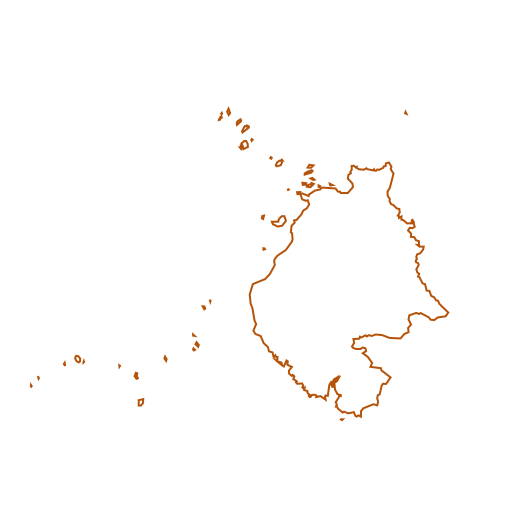 outline of Belitung Timur, Bangka-Belitung, Indonesia, rotated 190°
{"feature_id": "22746128B98690900191937", "entity_name": "Belitung Timur", "entity_type": "district", "adm_level": 2, "iso_a3": "IDN", "parent_name": "Indonesia", "parent_adm1": "Bangka-Belitung", "projection": "albers", "projection_center": [108.219, -2.955], "detail": "fine", "context": "isolated", "style": "outline", "palette": "amber", "viewbox_px": 512, "rotation_deg": 190, "n_neighbors": 0, "source": "geoboundaries", "source_scale": "gbopen_adm2", "svg_char_len": 6148}
<svg xmlns="http://www.w3.org/2000/svg" viewBox="0 0 512 512"><g transform="rotate(190 256 256)"><path d="M92.5,291.6L92.5,294.4L96.5,293.6L98.9,294.9L97.3,295.1L98.2,299.0L101.1,299.2L103.3,302.0L106.9,301.8L107.0,304.9L110.7,307.6L109.4,310.6L107.1,310.4L104.8,312.2L106.0,315.0L108.1,315.5L112.8,314.3L117.1,316.9L119.1,317.0L119.6,320.2L121.8,318.3L122.3,320.2L123.3,320.4L122.0,323.8L123.0,327.2L125.7,327.3L129.5,330.0L131.9,330.5L134.0,333.2L134.1,335.4L136.7,338.1L137.7,342.0L136.0,346.5L134.9,361.0L138.5,365.0L138.1,367.4L141.3,371.2L144.2,369.8L143.9,367.1L145.7,366.5L146.0,365.0L149.6,362.3L151.5,362.3L152.6,360.8L154.2,360.7L154.8,361.9L155.6,360.7L161.5,360.8L162.5,361.6L164.8,359.7L169.6,359.3L172.0,360.2L172.3,361.3L173.1,360.5L175.2,361.9L177.4,361.3L176.7,357.6L177.7,354.9L177.0,353.9L179.1,351.9L178.9,348.1L173.6,344.1L172.5,340.7L176.5,334.0L183.5,332.8L183.0,332.3L184.3,333.4L184.4,333.9L186.6,333.7L189.3,336.3L202.7,334.9L204.4,332.7L209.4,330.6L214.6,325.6L214.6,324.2L221.4,325.7L223.2,325.0L220.4,319.9L216.6,319.0L214.7,319.9L212.6,316.0L214.2,311.8L217.3,309.0L218.6,304.7L222.4,298.4L224.7,297.7L223.7,295.5L226.2,292.0L225.8,285.4L224.4,284.6L222.8,278.5L223.2,276.3L227.6,267.1L234.9,260.1L237.0,256.3L237.3,254.1L235.9,250.5L239.3,240.4L243.1,234.8L254.2,227.8L255.5,216.9L252.9,207.9L250.6,204.3L246.1,191.9L244.0,189.0L245.6,182.1L243.2,179.2L237.4,177.9L233.3,171.5L228.4,168.4L226.7,164.4L222.9,163.9L221.4,160.0L220.6,159.6L219.7,161.5L218.9,160.2L217.3,160.3L216.9,157.2L219.0,157.3L216.9,155.9L213.7,154.2L214.3,155.7L212.4,155.5L211.2,152.8L209.4,152.0L207.8,158.4L206.4,157.8L206.3,154.4L201.4,153.0L203.7,148.8L202.9,145.8L199.8,144.1L199.3,145.2L198.2,144.9L197.3,144.0L197.9,141.3L194.0,139.6L194.7,138.5L193.1,137.3L188.5,138.5L186.8,136.3L187.6,134.6L186.3,133.8L185.2,134.7L185.4,132.4L181.9,131.9L181.3,129.8L179.0,128.6L179.7,127.3L178.6,126.4L177.5,127.0L177.3,128.5L174.5,129.6L172.3,129.1L172.2,127.5L168.3,129.2L162.5,126.6L163.6,129.2L163.3,130.7L161.0,130.7L161.4,141.8L159.7,145.9L160.1,142.8L158.8,141.5L158.1,147.7L154.1,151.3L153.8,150.3L153.2,150.7L154.4,147.1L155.1,146.2L156.6,145.0L158.1,140.6L157.3,140.5L156.2,142.5L155.0,138.2L151.8,134.1L148.3,133.7L148.2,132.8L149.9,133.0L149.7,131.7L152.1,125.8L150.7,124.0L151.1,121.6L150.0,121.8L148.9,120.0L143.4,116.9L142.4,118.0L137.8,117.1L132.5,119.2L130.5,115.9L128.9,115.3L127.4,116.9L124.8,116.0L125.6,121.6L123.8,124.7L114.6,130.4L110.7,130.0L110.4,133.6L111.9,136.8L111.9,140.1L110.2,141.2L109.7,150.0L108.8,152.2L105.7,152.6L102.4,159.8L112.7,165.2L113.4,167.2L124.0,166.7L123.0,170.8L128.3,176.0L133.9,178.8L131.1,181.5L132.2,184.1L135.2,184.4L136.8,182.6L141.1,181.8L144.2,182.3L145.7,183.4L144.3,187.5L145.6,191.2L140.1,192.4L139.6,194.6L138.2,194.0L134.4,196.9L132.9,196.0L131.2,197.6L128.0,197.4L124.4,199.5L118.0,200.0L110.2,198.5L99.4,199.9L96.3,205.0L92.5,207.5L93.7,211.6L91.4,215.3L94.8,220.1L94.7,224.2L88.3,227.8L85.4,227.2L83.8,228.4L75.3,225.6L72.9,223.6L69.4,223.8L66.4,227.0L58.7,229.6L56.8,233.7L67.1,240.7L68.9,243.5L70.9,243.6L73.4,246.3L76.6,247.2L79.1,251.7L82.0,251.6L84.6,257.6L87.2,257.9L91.2,263.3L92.9,263.8L92.2,266.8L94.2,267.8L95.8,270.8L94.2,275.4L95.0,277.1L97.2,277.6L97.9,279.0L97.0,281.1L98.0,282.8L97.6,285.6L94.6,287.3L92.5,291.6ZM239.7,288.8L235.6,290.3L232.6,295.7L235.0,300.1L237.5,299.7L239.9,296.3L240.0,293.7L246.3,292.5L244.8,290.2L239.7,288.8ZM288.2,362.1L286.9,359.1L282.9,362.0L283.7,365.0L285.7,367.6L287.5,367.2L289.9,364.3L288.2,362.1ZM345.5,88.3L343.5,88.7L341.8,91.3L342.2,95.5L346.5,93.6L345.5,88.3ZM251.4,347.9L247.4,349.6L246.6,352.6L247.8,354.2L249.4,354.0L251.5,351.9L252.3,348.8L251.4,347.9ZM289.7,381.9L291.4,376.4L290.7,375.3L285.3,381.3L285.7,382.5L287.7,383.0L287.8,381.8L289.7,381.9ZM412.2,120.4L411.0,121.7L411.4,124.5L413.5,126.4L415.9,126.4L416.4,123.9L414.6,121.4L412.2,120.4ZM222.2,344.6L216.0,347.7L215.0,349.6L216.1,350.1L220.0,347.9L222.4,345.8L222.2,344.6ZM218.1,333.1L214.5,333.1L211.6,337.0L213.9,337.5L213.3,335.6L215.3,336.0L218.2,334.0L218.1,333.1ZM220.5,352.1L217.2,352.4L215.1,355.2L219.3,355.1L220.5,352.1ZM352.4,114.3L351.1,115.1L352.6,117.3L352.5,119.8L354.0,120.1L354.7,116.6L352.4,114.3ZM309.5,393.1L307.3,390.1L306.3,392.3L308.6,396.3L309.5,393.1ZM158.0,145.9L154.5,147.2L154.1,150.9L157.6,147.3L158.0,145.9ZM297.5,385.7L298.1,383.6L297.5,381.8L295.3,384.6L295.3,386.4L294.4,385.8L294.1,386.7L294.9,387.9L297.5,385.7ZM300.3,158.6L297.2,156.6L296.9,158.5L299.6,160.8L300.3,158.6ZM222.2,334.1L219.0,335.1L219.1,336.4L223.0,336.2L222.2,334.1ZM326.3,137.1L326.1,138.9L328.1,141.1L328.4,139.2L326.3,137.1ZM225.9,324.1L224.5,324.4L223.8,326.6L226.6,326.0L225.9,324.1ZM215.7,341.8L212.8,340.8L211.7,341.3L214.1,342.7L215.7,341.8ZM108.2,318.8L108.8,318.2L108.4,315.4L106.5,316.8L108.2,318.8ZM297.7,194.5L296.9,195.3L298.1,197.4L299.8,197.2L297.7,194.5ZM290.8,360.2L289.2,358.8L288.8,362.1L290.1,362.2L289.6,360.4L290.8,360.2ZM256.8,294.1L255.4,293.7L255.1,297.2L256.7,296.5L256.8,294.1ZM195.2,338.4L192.9,339.1L195.9,340.0L195.2,338.4ZM300.6,152.2L299.8,152.9L301.5,154.2L301.8,153.0L300.6,152.2ZM314.4,387.6L315.4,386.4L315.1,385.6L313.7,386.3L314.4,387.6ZM425.9,117.7L426.5,116.3L424.8,114.6L425.9,117.7ZM250.1,264.9L249.7,263.5L248.3,264.3L248.9,265.0L250.1,264.9ZM206.6,336.4L206.4,335.0L205.1,334.9L205.0,336.0L206.6,336.4ZM133.9,422.4L132.5,422.1L133.7,423.8L133.9,422.4ZM280.5,370.4L280.8,369.4L280.2,368.6L279.5,369.9L280.5,370.4ZM258.6,355.9L258.9,354.8L257.9,354.5L257.6,355.5L258.6,355.9ZM304.1,166.7L302.6,166.7L304.3,167.8L304.1,166.7ZM316.1,383.5L315.1,384.1L315.2,385.1L316.1,384.4L316.1,383.5ZM294.0,204.9L293.1,203.1L293.0,204.0L294.0,204.9ZM235.8,327.3L236.5,326.1L235.3,327.0L235.8,327.3ZM142.1,110.3L143.9,110.0L144.0,109.7L142.8,109.3L142.1,110.3ZM371.7,124.6L371.3,123.3L370.9,124.3L371.7,124.6ZM455.2,89.9L455.1,88.5L454.7,88.2L454.3,88.9L455.2,89.9ZM314.6,391.0L315.0,390.2L314.5,389.5L314.1,390.1L314.6,391.0ZM448.8,97.5L448.6,98.1L450.0,99.8L448.8,97.5ZM407.3,122.5L407.5,121.4L407.4,121.0L406.9,121.7L407.3,122.5ZM248.2,355.1L246.7,354.9L247.2,355.4L248.2,355.1Z" fill="none" stroke="#b45309" stroke-width="2"/></g></svg>